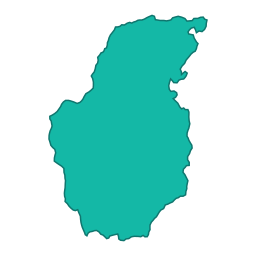 Pouso Alegre, Minas Gerais, Brazil (Robinson projection)
{"feature_id": "56859067B30504998341327", "entity_name": "Pouso Alegre", "entity_type": "district", "adm_level": 2, "iso_a3": "BRA", "parent_name": "Brazil", "parent_adm1": "Minas Gerais", "projection": "robinson", "projection_center": [-45.929, -22.262], "detail": "fine", "context": "isolated", "style": "filled", "palette": "teal", "viewbox_px": 256, "rotation_deg": 0, "n_neighbors": 0, "source": "geoboundaries", "source_scale": "gbopen_adm2", "svg_char_len": 3212}
<svg xmlns="http://www.w3.org/2000/svg" viewBox="0 0 256 256"><path d="M65.1,201.5L67.4,203.7L69.0,206.1L70.9,208.1L73.2,210.0L75.3,210.6L77.7,209.7L78.8,212.6L80.4,216.2L80.6,219.2L81.0,222.4L81.7,225.3L82.4,227.5L83.6,230.3L84.6,232.6L85.3,234.7L86.9,235.8L88.0,233.3L89.7,231.9L92.3,231.4L94.7,230.6L96.7,230.5L99.0,231.9L100.8,234.2L103.1,235.1L105.0,236.9L106.7,238.6L108.7,238.0L109.8,236.0L112.6,235.2L115.0,234.6L117.7,234.0L118.5,236.4L118.8,239.0L120.5,240.2L123.9,240.6L126.1,238.9L128.7,238.6L131.4,236.8L134.2,236.3L138.1,236.4L140.8,236.7L143.1,235.4L144.9,236.8L147.2,236.7L148.4,234.6L148.8,231.9L150.0,229.7L149.9,227.4L150.0,225.0L151.4,222.1L153.2,220.1L154.5,218.4L156.4,216.8L157.5,215.0L159.2,212.1L160.9,210.0L163.6,208.6L165.3,204.9L167.7,204.2L169.8,203.1L172.6,201.9L174.4,199.9L176.2,198.3L178.3,197.7L180.3,196.2L183.1,196.2L185.6,194.8L185.9,191.4L186.8,188.7L186.7,186.4L187.2,183.8L187.9,180.7L186.6,178.1L184.9,174.7L183.0,172.3L183.4,169.2L185.2,167.3L186.5,165.6L189.2,165.4L189.2,162.3L187.6,159.8L187.6,156.6L189.5,153.6L190.5,150.6L192.1,148.1L191.8,145.2L190.3,142.8L188.9,140.3L188.1,138.0L187.0,136.2L187.1,133.0L187.9,130.4L188.8,128.2L189.3,125.9L189.8,123.8L189.1,120.6L188.8,116.9L188.9,114.4L188.9,112.1L187.9,109.6L185.2,109.6L183.7,108.0L181.5,108.8L179.8,107.0L177.8,103.2L174.7,100.2L173.2,98.6L175.5,97.4L177.1,94.9L176.6,92.7L174.0,91.0L170.8,91.4L169.3,89.4L168.7,85.7L169.5,82.3L170.6,78.9L172.4,80.8L173.7,82.6L177.0,82.8L179.0,80.1L181.0,79.3L183.7,79.0L185.1,77.4L186.2,75.8L187.2,73.1L185.1,71.5L183.1,73.1L181.5,74.5L181.4,71.9L180.2,69.1L182.0,66.1L184.6,63.4L186.1,60.1L188.9,56.8L191.1,54.0L193.2,52.2L195.2,51.2L196.4,48.7L196.9,46.3L198.0,43.6L196.6,42.2L194.2,38.2L193.2,34.9L190.7,34.4L188.8,34.0L188.0,32.0L189.4,29.9L191.3,28.1L194.2,27.3L195.5,29.8L196.4,32.7L199.0,31.0L202.0,31.6L204.5,29.5L206.1,26.3L206.3,23.2L207.0,20.0L204.7,19.2L203.2,17.1L200.5,17.3L197.9,18.4L196.0,18.4L193.9,18.5L192.2,20.6L189.4,20.9L187.0,21.1L184.9,18.5L181.7,17.2L178.2,16.3L175.4,17.0L172.7,17.8L170.8,20.0L168.7,20.5L166.4,20.9L164.0,20.5L160.2,20.5L157.4,20.0L155.4,19.7L154.4,16.3L152.0,15.4L148.7,16.8L146.6,17.8L144.4,19.1L141.9,20.0L139.7,20.0L137.8,20.3L135.9,21.4L133.5,22.1L131.8,23.1L129.7,22.4L127.2,23.2L124.4,25.0L121.7,24.8L120.0,26.3L117.9,26.9L115.5,27.0L114.4,29.9L112.3,32.6L110.4,35.0L109.1,37.7L108.3,40.7L107.4,42.7L107.3,45.0L106.5,47.9L104.7,48.7L104.1,50.7L102.8,52.3L101.0,52.9L99.7,55.0L97.7,57.3L98.2,60.2L97.6,63.1L95.9,65.3L95.2,69.0L94.2,72.0L92.4,74.2L91.3,76.0L92.6,78.4L93.4,82.0L93.4,85.5L93.2,88.1L91.3,90.0L89.0,91.9L85.9,93.7L84.1,96.7L83.0,99.0L81.6,100.9L79.8,102.5L77.1,103.4L73.6,101.9L70.5,100.9L68.5,100.4L65.6,100.4L63.4,102.0L61.6,104.3L60.7,106.5L59.1,108.8L57.2,111.5L54.8,113.5L52.1,115.2L49.8,116.3L49.9,119.0L51.2,121.0L51.6,123.4L52.1,126.0L51.4,128.3L50.2,130.8L49.5,133.3L49.1,135.5L49.0,139.1L49.9,141.8L50.9,145.4L52.8,147.6L54.8,149.3L55.7,152.8L55.0,155.2L54.4,157.9L54.3,161.1L57.0,163.1L59.4,164.7L61.7,166.2L63.9,168.4L64.0,172.3L64.9,175.3L65.0,178.1L65.5,180.6L65.3,183.3L65.1,187.9L64.6,191.1L64.4,193.2L64.6,196.2L65.4,198.7L65.1,201.5Z" fill="#14b8a6" stroke="#0f766e" stroke-width="1.5"/></svg>